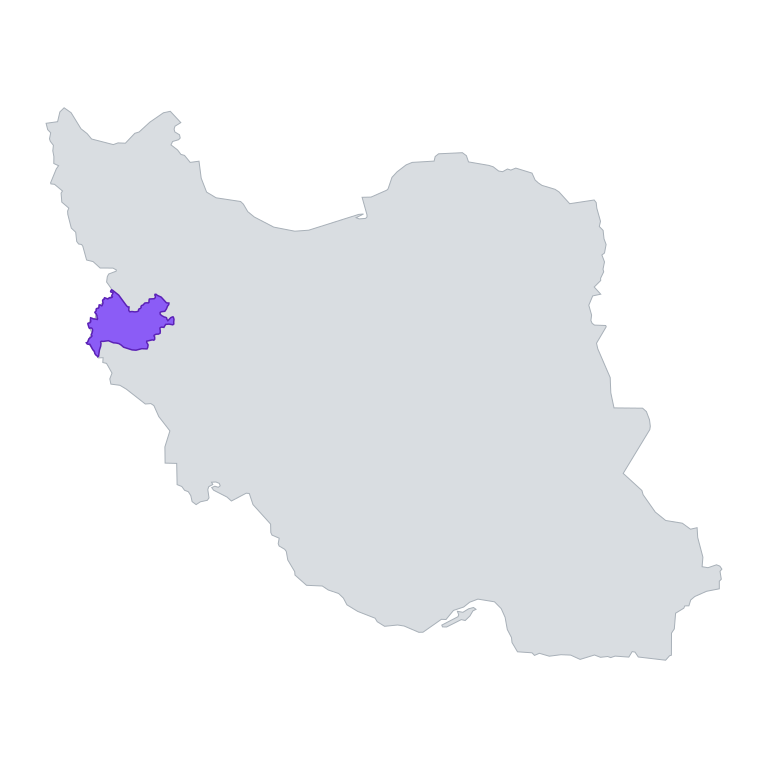 Kermanshah highlighted on a map of Iran
{"feature_id": "IRN-3239", "entity_name": "Kermanshah", "entity_type": "Province", "adm_level": 1, "iso_a3": "IRN", "parent_name": "Iran", "parent_adm1": "", "projection": "orthographic", "projection_center": [46.364, 34.459], "detail": "fine", "context": "in_parent", "style": "filled", "palette": "violet", "viewbox_px": 768, "rotation_deg": 0, "n_neighbors": 0, "source": "natural_earth", "source_scale": "10m", "svg_char_len": 6587}
<svg xmlns="http://www.w3.org/2000/svg" viewBox="0 0 768 768"><path d="M362.1,197.3L371.0,197.1L386.7,190.2L388.1,188.8L392.0,177.3L397.1,171.8L406.1,164.9L412.2,162.4L434.1,161.1L435.2,156.5L438.6,153.8L462.4,152.7L466.4,155.7L468.5,161.9L488.9,165.4L493.2,166.8L498.6,171.0L502.6,171.7L507.5,169.0L510.8,170.1L515.8,168.1L532.0,173.1L535.1,180.0L538.3,182.9L542.0,185.4L555.0,189.3L559.0,191.9L569.7,203.7L594.2,200.0L596.2,202.6L596.8,208.2L600.5,221.3L599.3,226.5L603.1,230.4L604.0,238.8L606.1,244.5L604.5,253.0L601.9,255.0L604.5,261.9L603.0,269.2L603.7,271.8L600.6,278.2L600.7,280.5L594.2,287.0L600.7,294.2L592.7,295.9L588.8,305.2L591.6,315.1L590.9,320.5L592.1,323.3L594.5,325.1L605.7,325.5L606.2,326.8L596.5,343.2L597.8,348.9L610.2,377.6L610.8,392.8L614.0,407.9L642.6,408.2L646.4,411.6L649.5,419.8L650.3,426.2L649.8,429.6L623.2,473.4L641.9,490.5L643.1,494.7L655.3,512.1L665.7,520.5L682.3,523.2L690.5,529.2L697.1,527.7L697.7,537.5L702.9,557.2L702.1,566.7L708.0,567.7L716.5,564.8L719.8,566.1L721.9,569.1L720.0,571.3L721.3,579.2L719.3,581.2L719.3,588.8L706.5,591.3L694.8,596.5L690.7,600.0L688.9,605.8L684.8,605.9L683.8,608.2L675.6,613.2L674.3,628.9L671.5,633.1L671.4,655.2L669.5,655.8L665.6,660.2L638.3,657.0L635.0,652.1L632.2,651.6L628.8,657.1L615.1,656.1L610.7,657.6L607.7,656.5L600.5,657.3L594.5,655.0L580.1,659.4L570.7,655.1L561.0,654.7L549.3,656.2L539.4,653.3L534.5,655.4L532.0,652.8L517.5,651.8L512.0,642.5L511.5,637.6L507.3,629.5L505.1,617.3L501.2,608.6L494.5,601.8L477.9,599.1L469.7,602.2L463.7,607.0L453.5,610.4L446.0,619.5L441.4,619.3L423.0,632.2L418.8,632.3L404.1,626.0L397.6,625.0L384.6,626.3L377.2,621.7L375.1,618.2L357.7,611.4L346.9,604.8L343.4,598.1L338.6,593.5L328.3,590.0L322.3,586.0L306.5,585.3L295.0,575.1L294.7,571.6L287.8,560.0L286.3,551.5L284.7,549.3L279.1,546.0L278.2,543.7L279.2,538.2L272.0,535.1L270.8,532.5L270.6,524.1L253.0,504.6L249.3,493.5L246.2,493.2L231.4,501.0L226.9,497.0L213.6,490.2L211.7,487.6L214.9,486.2L218.3,487.3L220.2,485.8L219.3,483.4L216.0,482.0L211.5,482.2L212.8,484.5L208.7,486.7L207.8,489.6L209.0,497.9L207.3,500.3L200.4,501.8L196.1,504.6L192.1,501.6L190.8,495.6L188.3,491.7L184.6,490.3L181.8,486.5L177.1,484.6L176.7,463.4L165.1,463.1L164.9,446.9L169.9,430.9L158.8,416.6L153.9,405.6L150.9,403.6L145.3,404.0L126.4,389.2L119.9,385.3L110.9,384.1L109.8,378.9L112.0,373.1L107.8,365.6L106.5,363.4L102.8,362.5L103.1,357.7L98.3,357.9L89.5,344.8L86.9,342.9L91.9,333.0L88.4,324.9L90.6,318.2L95.2,318.5L96.6,309.4L104.7,300.2L111.8,296.2L112.5,293.4L111.1,288.3L106.6,282.0L107.3,276.7L108.7,274.0L116.1,271.2L116.4,270.0L113.0,268.1L100.1,268.0L93.1,261.6L86.6,260.0L82.8,246.2L81.6,244.5L78.6,244.0L76.7,241.4L75.7,232.2L71.3,228.1L67.8,214.4L67.6,211.1L68.8,208.1L61.8,202.1L61.1,193.1L62.5,191.0L54.5,184.3L50.9,183.9L50.6,182.8L56.3,168.9L58.6,165.7L53.8,163.5L53.9,156.6L52.8,150.8L53.4,145.3L50.3,141.3L49.5,138.8L50.7,132.8L47.7,129.7L46.1,123.3L57.6,121.7L59.9,111.9L64.1,107.8L71.1,112.7L81.0,128.8L87.1,133.6L91.6,139.0L113.3,144.6L118.0,142.9L125.4,143.2L134.8,133.3L139.1,132.0L149.9,122.1L163.4,112.8L170.3,111.3L180.8,122.6L175.0,126.2L174.1,129.1L174.8,131.9L179.5,134.8L180.2,138.0L178.6,139.7L172.6,141.5L171.0,144.9L177.6,150.0L180.9,154.4L184.5,155.4L190.2,162.4L199.0,161.2L201.2,178.2L206.6,192.1L216.1,197.8L240.6,201.5L243.4,204.2L247.8,211.7L254.3,217.0L273.7,227.1L294.8,231.2L308.7,230.2L358.7,214.4L363.5,214.0L356.1,217.7L359.1,218.9L365.6,218.4L367.0,217.0L367.0,214.9L362.1,197.3ZM472.9,610.9L469.9,616.0L465.2,620.5L461.3,619.6L446.6,627.0L442.5,626.9L441.8,625.1L458.0,616.7L458.7,614.8L457.4,611.3L462.9,612.3L468.6,608.8L473.5,607.5L476.0,609.3L472.9,610.9Z" fill="#d9dde1" stroke="#a8b0b8" stroke-width="1"/><path d="M111.2,292.2L110.7,291.8L110.6,291.2L110.9,290.7L111.3,290.2L111.5,289.8L112.4,290.1L118.7,295.1L126.7,306.0L128.1,307.0L128.9,306.9L129.0,307.8L128.8,309.0L128.8,310.6L129.9,311.8L131.9,311.5L134.9,311.9L137.2,311.6L138.5,310.9L138.6,309.5L139.3,308.7L140.3,308.5L141.1,307.6L141.0,306.5L141.5,305.6L142.9,305.1L144.9,303.0L146.9,302.8L148.2,302.9L148.9,302.5L149.1,299.8L149.4,299.0L154.2,298.7L155.3,297.6L155.4,296.2L154.8,295.0L155.1,294.3L156.1,294.3L157.4,295.4L161.2,297.1L166.4,302.8L167.8,303.0L168.9,303.0L168.9,303.6L168.7,304.7L167.6,306.0L166.4,309.0L164.8,311.3L161.5,311.7L160.4,312.2L160.0,312.8L160.3,314.4L162.0,315.8L164.5,317.1L165.6,317.3L166.5,317.8L167.0,319.4L167.9,320.7L170.7,317.7L172.2,317.0L173.0,316.8L173.6,317.8L174.0,319.4L173.7,322.1L173.8,324.0L172.8,324.8L169.0,324.1L165.7,324.4L164.5,326.3L163.9,327.4L161.6,327.1L160.7,327.4L160.0,327.9L159.9,328.8L160.3,330.9L160.1,333.2L158.5,334.1L156.1,334.2L154.2,335.2L154.0,335.8L154.1,336.2L154.3,336.4L154.5,336.7L154.7,337.0L154.7,337.5L154.6,338.2L154.7,338.7L154.8,339.0L154.3,339.8L153.8,340.2L153.2,340.0L152.1,339.9L146.7,341.2L146.7,342.5L147.6,343.9L148.1,344.9L147.7,347.5L147.0,348.9L141.7,348.7L136.0,350.2L132.1,349.9L123.6,347.2L121.1,345.0L118.9,343.6L116.1,343.0L113.4,342.8L108.4,340.7L103.2,341.4L101.2,341.3L100.6,342.0L101.0,343.6L100.7,346.2L99.4,350.2L98.6,356.1L97.8,356.7L97.7,356.4L96.1,355.2L95.6,354.7L95.2,354.1L94.8,353.4L94.6,352.7L94.5,351.9L94.2,351.2L93.8,350.7L93.3,350.2L92.8,349.7L89.9,344.3L89.8,344.2L89.7,344.2L88.7,344.3L87.8,344.2L87.0,343.8L86.3,342.8L87.1,342.5L87.4,342.3L87.7,342.0L88.2,340.9L88.5,339.8L88.9,338.9L89.7,338.2L90.2,337.7L91.6,336.6L91.9,336.1L91.9,335.7L91.7,335.3L91.5,335.0L91.3,334.5L91.4,334.1L91.9,333.4L92.1,333.0L92.5,331.1L92.6,330.1L92.4,329.1L91.9,328.3L91.2,327.9L90.5,327.9L89.8,328.4L89.2,328.0L88.8,327.1L87.8,323.7L88.1,323.2L89.8,322.8L90.1,322.6L90.3,322.3L90.5,322.1L90.7,321.7L90.7,320.5L90.5,318.9L90.6,317.8L91.9,318.2L93.0,318.8L94.1,319.0L96.4,319.2L97.1,319.5L97.3,319.5L97.4,319.2L97.5,318.8L97.5,318.3L97.4,318.1L97.1,317.6L97.0,316.9L97.0,316.1L96.9,315.3L96.7,315.1L96.6,314.9L96.4,314.6L96.3,314.2L96.2,313.8L95.9,313.5L95.6,313.3L95.4,313.1L94.9,312.6L95.1,311.9L96.1,310.9L96.2,310.4L96.1,309.6L96.2,309.1L96.5,308.6L97.0,308.5L97.9,308.4L98.8,307.7L99.0,306.7L99.0,305.7L99.2,304.9L99.9,304.9L100.5,305.2L100.9,305.4L101.8,305.8L102.3,305.1L102.6,304.1L102.9,303.4L103.0,302.6L102.7,301.5L102.6,301.0L102.6,300.4L102.8,300.0L103.1,299.6L103.3,299.6L103.8,299.5L104.0,299.4L104.1,299.2L104.0,298.7L104.5,297.8L104.7,297.7L105.2,297.9L105.9,298.3L106.2,298.5L106.7,298.4L107.6,298.9L108.2,298.7L108.7,298.3L109.6,297.7L109.9,297.7L110.5,297.9L111.3,297.6L111.7,297.5L112.1,297.3L112.4,296.8L111.7,296.0L112.1,294.9L112.8,293.6L113.0,292.6L112.5,292.2L111.2,292.2Z" fill="#8b5cf6" stroke="#5b21b6" stroke-width="1.5"/></svg>